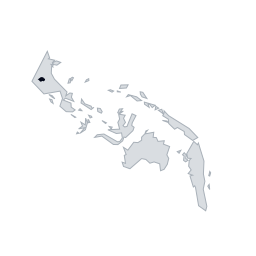 Yalimo, Papua, Indonesia (highlighted), rotated 207°
{"feature_id": "22746128B10188501962211", "entity_name": "Yalimo", "entity_type": "district", "adm_level": 2, "iso_a3": "IDN", "parent_name": "Indonesia", "parent_adm1": "Papua", "projection": "orthographic", "projection_center": [139.502, -3.785], "detail": "fine", "context": "in_parent", "style": "filled", "palette": "ink", "viewbox_px": 256, "rotation_deg": 207, "n_neighbors": 0, "source": "geoboundaries", "source_scale": "gbopen_adm2", "svg_char_len": 4591}
<svg xmlns="http://www.w3.org/2000/svg" viewBox="0 0 256 256"><g transform="rotate(207 128 128)"><path d="M79.6,104.7L83.5,110.5L89.4,109.6L92.5,106.6L97.8,108.1L102.0,106.9L107.8,92.6L114.5,91.7L117.7,94.9L114.2,95.4L118.9,101.9L117.6,103.5L123.3,108.7L118.1,108.2L116.4,117.9L112.5,119.5L110.3,123.3L111.7,126.0L110.4,130.3L103.1,135.9L101.4,131.1L98.4,132.3L95.2,129.7L89.9,133.1L89.1,129.7L82.5,130.4L81.2,121.7L77.9,119.4L76.5,113.4L77.1,107.5L79.6,104.7ZM21.2,89.5L29.8,90.8L40.8,105.6L42.3,106.8L43.0,105.1L51.0,113.4L49.0,115.3L53.7,114.7L52.7,119.3L56.6,121.5L58.7,126.8L58.0,129.5L61.1,128.2L64.0,131.8L63.3,145.9L58.5,144.6L58.5,146.6L45.3,133.0L39.9,121.2L35.3,115.4L33.2,107.7L22.2,94.0L21.2,89.5ZM234.8,126.0L234.7,159.7L229.7,154.9L230.3,153.5L224.1,155.1L225.1,151.8L223.3,150.0L223.9,149.8L224.9,149.9L225.5,149.7L222.6,148.4L223.9,148.0L221.2,141.9L215.7,138.1L198.7,132.4L198.0,128.4L195.7,132.8L193.3,133.6L192.4,129.7L188.4,127.1L197.2,126.2L198.4,123.5L190.1,124.3L188.1,120.8L183.3,120.1L184.7,117.2L190.5,114.5L198.6,116.5L199.8,124.6L205.3,130.0L218.4,120.2L234.8,126.0ZM152.4,108.0L146.7,111.7L131.1,110.9L129.2,112.2L128.5,116.5L131.5,120.7L135.9,117.8L145.1,117.3L134.9,123.2L139.6,128.4L139.5,132.1L142.6,136.1L136.3,138.1L136.4,134.6L132.8,131.8L133.5,127.8L131.5,127.4L129.6,128.9L130.8,142.5L126.5,142.7L126.6,134.6L125.8,131.9L122.9,131.4L122.4,127.9L125.8,118.4L127.5,118.1L126.9,114.1L129.5,108.6L133.5,106.7L147.6,108.9L153.5,104.5L152.4,108.0ZM64.7,146.3L74.7,147.8L76.3,150.4L84.2,150.9L85.9,148.1L93.8,150.5L96.1,154.2L102.6,154.7L102.7,157.8L103.7,159.7L97.4,157.4L73.3,155.3L61.5,151.2L64.7,146.3ZM166.7,108.6L171.6,104.8L169.4,109.1L172.6,111.8L167.5,111.4L170.2,117.5L166.5,114.2L165.2,107.1L168.3,101.6L166.7,108.6ZM169.2,127.7L181.2,129.0L182.5,132.7L177.5,130.0L170.8,130.7L168.8,129.2L167.7,131.0L169.2,127.7ZM142.9,157.9L134.4,159.7L128.4,158.6L132.2,156.2L140.6,158.0L143.4,155.2L142.9,157.9ZM118.5,156.0L124.1,156.7L125.2,158.5L114.1,160.6L115.7,157.2L119.6,159.0L120.9,158.3L118.5,156.0ZM153.5,159.4L153.8,163.1L147.5,166.5L147.6,162.9L153.5,159.4ZM63.8,124.4L65.3,128.5L67.3,128.9L66.7,131.5L63.7,130.4L62.8,127.1L59.9,126.5L61.3,124.0L63.8,124.4ZM222.2,155.3L217.7,155.9L219.9,151.7L223.4,150.7L224.6,152.3L222.2,155.3ZM129.6,162.1L132.3,163.8L133.6,165.8L131.0,166.5L124.6,162.9L129.6,162.1ZM162.4,129.0L164.3,131.8L161.6,132.8L158.4,130.8L158.5,129.1L162.4,129.0ZM103.0,156.6L108.9,157.6L106.4,160.0L103.0,156.6ZM112.1,156.5L113.1,160.0L109.7,159.6L112.1,156.5ZM73.4,129.3L70.8,132.1L71.0,128.7L73.4,129.3ZM201.8,140.7L202.6,145.2L201.2,145.4L200.0,142.1L201.8,140.7ZM100.8,150.4L96.5,151.9L94.6,151.2L100.8,150.4ZM144.1,136.9L144.3,140.9L141.6,142.7L142.5,137.2L144.1,136.9ZM27.3,110.3L30.5,112.4L30.1,114.6L27.3,110.3ZM35.4,126.4L34.0,125.6L33.4,122.3L34.4,122.2L35.4,126.4ZM185.4,154.1L184.4,152.5L187.0,149.5L186.9,152.1L185.4,154.1ZM180.1,113.2L185.1,114.2L179.5,113.9L180.1,113.2ZM150.1,121.8L154.6,122.8L149.6,122.8L150.1,121.8ZM142.1,138.9L139.8,140.9L141.8,137.2L142.1,138.9ZM205.9,115.9L208.5,116.3L211.0,118.2L208.6,118.7L205.9,115.9ZM162.6,152.7L161.0,154.1L157.6,154.4L158.5,152.7L162.6,152.7ZM201.7,145.9L200.6,148.0L199.4,148.0L199.5,144.6L201.7,145.9ZM168.9,121.5L165.9,121.9L165.0,121.2L166.3,119.8L168.9,121.5ZM206.4,120.8L210.1,121.1L213.7,121.9L210.3,122.4L206.4,120.8ZM142.5,119.5L145.5,120.8L142.5,121.6L142.5,119.5ZM171.3,101.4L169.2,101.1L171.2,99.5L171.3,101.4ZM150.7,156.7L154.0,155.4L154.4,156.2L150.7,156.7ZM180.1,121.5L179.5,123.4L176.9,122.5L178.2,121.9L180.1,121.5ZM110.7,133.6L109.5,134.9L110.4,130.9L110.7,133.6ZM165.9,114.6L167.5,117.1L166.9,117.5L164.5,115.6L165.9,114.6Z" fill="#d9dde1" stroke="#a8b0b8" stroke-width="1"/><path d="M227.0,130.4L226.9,130.5L226.8,130.8L226.7,131.0L226.5,131.3L226.4,131.4L226.3,131.5L226.2,131.6L226.0,131.8L225.9,132.0L225.7,132.0L225.7,131.9L225.4,131.9L225.2,131.9L225.2,132.0L224.9,132.1L224.8,132.3L224.8,132.5L224.7,132.7L224.5,132.8L224.5,133.0L224.7,133.3L224.9,133.4L225.0,133.4L225.3,133.3L225.6,133.3L225.9,133.3L226.0,133.4L226.1,133.5L226.3,133.6L226.5,133.8L226.9,133.7L227.1,133.7L227.3,133.6L227.5,133.5L227.8,133.4L228.0,133.3L228.1,133.2L228.3,133.0L228.3,132.9L228.5,132.5L228.6,132.4L228.8,131.9L229.2,131.3L229.2,131.2L228.9,131.1L228.7,131.1L228.8,131.0L228.7,131.0L228.6,130.9L228.5,131.0L228.5,130.9L228.4,130.9L228.3,130.7L228.3,130.8L228.2,130.8L227.9,130.8L227.7,130.9L227.7,130.7L227.8,130.7L227.7,130.6L227.5,130.8L227.4,130.8L227.3,130.7L227.2,130.7L227.1,130.4L227.0,130.4Z" fill="#0f172a" stroke="#020617" stroke-width="1.5"/></g></svg>